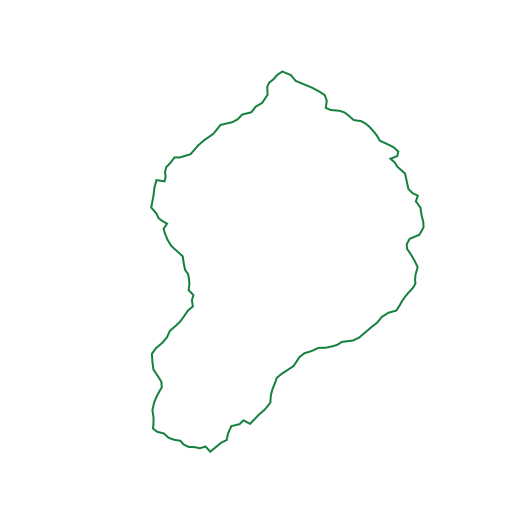 the district of Cruzeiro, São Paulo, Brazil, rotated 60°
{"feature_id": "56859067B26751630679552", "entity_name": "Cruzeiro", "entity_type": "district", "adm_level": 2, "iso_a3": "BRA", "parent_name": "Brazil", "parent_adm1": "São Paulo", "projection": "equal_earth", "projection_center": [-45.003, -22.562], "detail": "fine", "context": "isolated", "style": "outline", "palette": "green", "viewbox_px": 512, "rotation_deg": 60, "n_neighbors": 0, "source": "geoboundaries", "source_scale": "gbopen_adm2", "svg_char_len": 2171}
<svg xmlns="http://www.w3.org/2000/svg" viewBox="0 0 512 512"><g transform="rotate(60 256 256)"><path d="M109.4,140.9L109.8,147.0L111.7,152.6L112.5,158.2L115.3,161.8L122.2,165.4L126.5,174.2L126.5,181.5L129.2,188.2L126.6,197.1L128.5,203.6L128.2,210.0L124.7,221.1L127.2,227.4L128.9,232.1L129.7,242.2L131.3,250.9L133.0,255.6L135.1,261.7L132.6,272.7L129.9,277.2L132.8,284.2L134.1,289.2L137.8,292.8L142.2,294.7L145.6,297.9L140.5,304.3L146.4,310.1L152.6,314.7L161.6,322.5L169.8,321.0L174.5,321.5L178.7,319.7L183.5,316.9L186.3,322.4L190.4,323.5L197.8,324.5L204.2,324.4L208.4,323.3L212.5,321.9L219.6,319.6L223.8,321.3L228.6,323.1L233.0,324.4L237.6,323.8L241.6,325.2L246.1,327.2L252.1,331.4L258.6,329.7L262.2,333.6L268.1,335.9L269.3,342.4L272.6,349.3L274.7,354.1L276.2,359.9L277.8,368.1L281.8,373.6L284.3,380.3L285.8,388.8L288.7,395.1L296.2,398.8L303.1,401.6L310.3,401.1L317.5,400.8L322.7,403.3L325.0,407.5L327.6,411.7L331.8,417.3L337.7,422.8L344.8,425.6L350.2,428.8L353.9,431.5L358.8,429.5L363.6,424.5L369.8,422.6L374.4,418.6L378.2,413.9L383.3,412.8L387.8,409.7L390.6,405.0L394.4,400.8L395.8,394.9L402.6,393.5L401.3,385.6L400.3,379.5L400.7,373.4L395.8,369.0L391.0,362.4L393.4,354.3L392.1,349.0L398.4,345.1L394.9,333.1L393.4,325.2L390.2,316.9L384.2,312.9L379.7,308.5L375.3,302.8L371.9,299.0L370.9,292.9L370.5,285.8L370.1,278.6L367.6,273.5L365.2,268.7L364.4,262.6L366.0,255.9L366.9,247.5L370.3,241.6L372.5,234.7L373.6,229.7L373.3,224.5L375.6,219.3L377.7,214.2L378.2,207.4L376.3,197.1L375.2,191.0L374.3,184.3L371.7,177.5L371.3,169.9L373.4,161.8L370.8,156.6L368.0,152.0L365.7,147.0L363.9,142.0L362.3,136.7L359.8,131.9L356.0,130.0L351.9,127.2L346.5,121.6L340.2,121.1L333.0,121.0L325.4,121.6L321.2,119.6L317.9,114.3L319.3,103.9L315.0,96.6L310.2,94.1L303.4,92.2L296.4,89.4L288.6,90.2L284.7,85.7L279.7,89.1L274.1,90.5L259.2,85.7L249.4,88.9L244.4,89.1L239.0,90.9L240.1,83.8L236.7,80.5L230.5,82.5L225.7,85.7L218.0,91.1L212.0,91.1L206.7,91.9L200.4,93.3L196.4,94.8L191.8,97.5L187.1,103.4L180.7,105.6L175.9,107.6L172.0,111.1L166.8,118.4L162.6,121.5L157.0,117.1L151.0,116.0L145.5,118.8L138.0,123.5L124.2,134.1L116.9,135.3L109.4,140.9Z" fill="none" stroke="#15803d" stroke-width="2"/></g></svg>